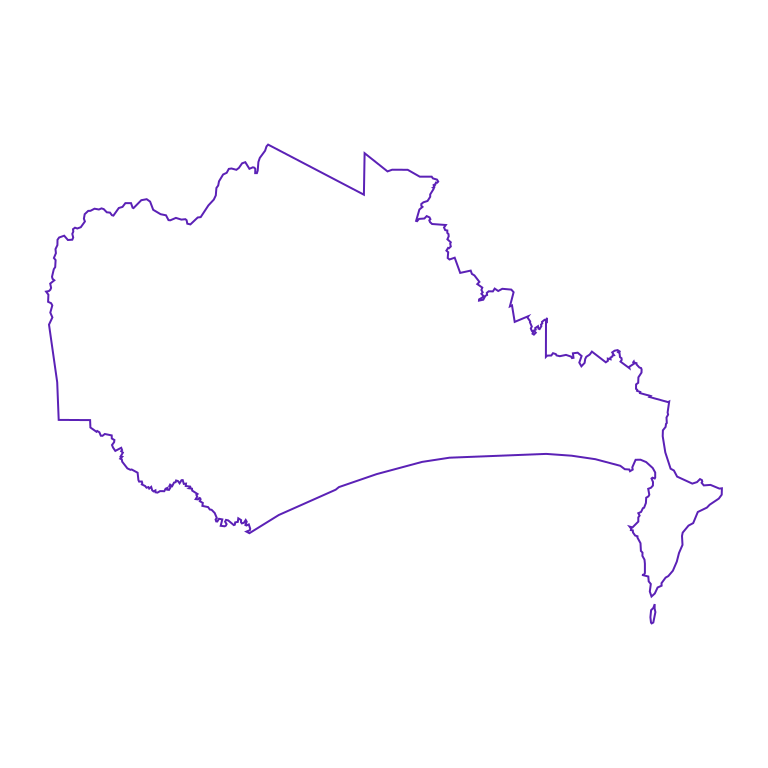 Wairoa District, Hawke's Bay, New Zealand
{"feature_id": "76426892B8336521277252", "entity_name": "Wairoa District", "entity_type": "district", "adm_level": 2, "iso_a3": "NZL", "parent_name": "New Zealand", "parent_adm1": "Hawke's Bay", "projection": "mercator", "projection_center": [177.459, -38.945], "detail": "fine", "context": "isolated", "style": "outline", "palette": "violet", "viewbox_px": 768, "rotation_deg": 0, "n_neighbors": 0, "source": "geoboundaries", "source_scale": "gbopen_adm2", "svg_char_len": 6079}
<svg xmlns="http://www.w3.org/2000/svg" viewBox="0 0 768 768"><path d="M49.0,324.6L57.2,382.2L58.7,419.9L90.1,420.1L90.4,427.5L96.5,431.8L97.2,431.0L99.4,432.3L100.8,435.7L102.5,435.8L104.8,434.0L111.7,435.4L111.8,438.5L114.4,440.0L114.1,442.2L112.0,445.0L113.0,447.5L115.3,450.9L121.2,447.8L122.1,450.1L121.2,451.2L122.9,452.6L120.6,456.5L122.1,456.8L120.3,458.7L121.8,459.4L122.2,461.7L127.4,468.4L130.4,469.8L131.7,469.5L137.6,472.7L138.4,480.0L139.1,481.6L141.8,481.5L142.3,483.2L141.8,484.4L145.1,486.0L146.5,487.7L148.4,487.1L149.2,488.6L151.2,486.9L152.2,490.3L153.5,491.4L155.4,490.4L155.5,492.3L157.5,492.6L160.1,491.1L164.3,491.2L165.6,488.7L167.4,487.9L167.2,489.7L169.0,489.9L170.6,487.2L169.4,486.0L170.1,484.6L172.2,486.1L174.0,482.6L175.6,482.2L176.1,480.5L177.9,481.0L179.6,483.3L181.5,480.2L182.7,480.1L183.8,483.9L186.0,483.6L185.7,486.0L190.2,486.6L190.5,487.6L189.3,488.3L192.0,488.7L192.2,490.6L197.5,494.0L196.4,494.9L197.2,496.6L195.7,499.1L198.0,499.4L199.3,498.0L200.2,498.3L200.6,499.3L199.8,501.2L202.8,502.9L202.4,505.9L208.1,507.1L209.8,509.5L211.6,509.8L214.7,513.0L216.8,518.0L215.6,519.5L216.2,521.4L217.3,521.5L219.0,518.8L222.3,519.4L220.7,525.8L224.7,526.3L225.9,525.6L226.6,524.1L225.1,521.7L226.0,519.9L228.2,520.4L233.8,525.1L234.8,524.7L235.2,522.4L237.8,521.9L238.3,518.3L241.1,520.1L241.0,522.2L241.9,523.4L244.0,522.7L245.7,520.0L246.7,521.7L245.4,525.0L246.4,525.5L248.8,524.4L250.2,528.7L249.8,530.2L246.4,531.6L249.4,533.2L278.8,515.0L335.7,489.7L338.9,487.1L376.7,474.1L422.1,461.9L449.5,457.7L546.2,453.9L571.6,455.7L595.4,459.2L620.3,465.8L624.8,469.2L629.3,469.5L630.0,471.2L632.7,469.6L632.3,467.3L635.6,459.8L640.5,459.7L646.2,462.1L652.7,468.0L655.2,472.5L655.2,477.6L654.7,478.5L652.5,477.7L651.5,478.5L653.0,482.0L652.9,485.6L650.9,487.8L648.2,488.8L649.3,494.7L648.4,496.4L646.2,497.7L645.9,503.0L644.1,507.7L642.9,508.2L641.1,511.9L638.3,513.2L639.6,515.6L638.3,517.4L638.3,521.6L632.5,527.4L629.6,526.6L631.2,528.7L630.9,530.1L632.8,530.4L633.0,532.5L635.1,535.5L637.5,536.3L637.4,537.5L640.5,543.2L640.9,550.9L642.5,552.6L642.4,555.9L644.5,559.7L644.9,563.7L644.9,573.1L643.7,574.9L642.0,574.9L648.3,576.5L648.7,581.4L650.8,584.0L649.8,591.5L651.5,596.5L654.8,593.5L657.6,587.5L661.6,585.7L661.5,583.2L665.6,577.6L668.3,576.1L672.9,570.7L676.8,561.6L679.0,553.0L682.5,544.9L682.0,536.0L682.7,532.6L688.5,525.6L693.2,523.1L697.8,512.0L706.9,507.6L709.7,504.7L718.8,498.6L721.7,494.7L721.9,488.3L719.4,488.6L710.5,484.9L703.8,485.4L701.6,482.8L702.3,481.6L701.9,480.1L700.0,479.1L697.0,482.1L692.3,483.6L677.1,476.6L673.9,470.5L670.6,468.7L665.3,452.4L662.7,436.2L662.9,430.3L665.6,426.9L666.0,423.9L666.8,423.0L666.5,417.5L668.1,414.6L667.6,412.5L669.2,401.5L668.0,402.1L649.5,397.0L650.6,396.0L640.0,393.1L640.3,392.0L637.0,390.8L637.2,389.8L636.0,388.8L636.1,384.4L638.2,382.8L638.4,377.3L641.5,372.6L641.6,369.5L641.1,368.1L639.4,367.5L636.5,364.4L636.5,363.2L634.1,362.5L633.8,361.5L633.2,362.3L634.1,363.6L629.1,366.9L629.4,368.2L620.5,361.6L621.7,359.9L621.5,358.2L620.0,357.1L619.5,353.0L618.0,352.1L618.5,351.4L620.4,351.9L617.6,350.1L614.6,350.7L612.2,352.4L614.0,355.2L612.6,355.4L612.3,356.6L610.4,357.6L610.6,359.3L607.8,358.6L607.9,360.8L605.8,362.3L591.9,351.6L589.7,354.6L586.3,356.8L585.2,359.0L584.6,362.9L581.4,366.3L579.3,362.6L581.6,356.0L577.7,352.7L572.9,353.3L573.5,357.8L572.0,358.1L571.1,356.6L566.0,354.9L559.8,356.2L556.5,355.4L555.8,354.1L553.0,353.2L551.3,355.5L547.2,355.6L545.9,356.9L546.0,322.2L546.9,322.2L547.0,317.9L545.9,320.3L544.6,319.8L542.0,321.9L542.3,323.4L541.0,324.6L541.4,326.1L539.6,329.1L538.5,328.7L538.0,326.2L535.2,328.1L535.7,329.6L533.8,330.6L535.8,332.7L533.9,334.6L532.5,333.7L533.2,331.8L531.9,331.0L530.8,328.5L531.8,326.6L529.9,322.2L530.2,321.4L527.4,317.4L528.3,316.2L514.7,321.9L512.0,305.4L509.9,306.4L513.6,292.2L511.3,289.6L502.3,288.8L498.2,291.0L494.7,288.6L492.9,291.4L488.7,291.3L486.8,292.9L487.1,295.0L485.4,295.8L483.3,299.7L479.0,300.6L479.1,299.4L482.5,297.4L483.3,295.9L481.4,293.8L482.7,292.3L481.4,290.0L482.3,287.6L477.3,284.1L479.4,281.9L474.4,275.4L471.9,273.9L470.7,270.6L460.2,272.9L454.7,257.7L449.5,259.5L447.7,258.0L448.2,252.2L446.4,250.6L448.1,247.9L448.9,248.3L450.8,246.5L450.2,243.7L450.8,242.3L447.4,239.3L448.7,236.3L448.5,234.1L447.3,232.9L447.3,230.5L445.2,230.1L444.0,227.5L445.8,225.0L432.1,224.0L430.0,222.1L429.3,220.3L430.4,219.2L429.5,217.4L426.7,216.1L424.4,218.5L419.0,218.9L417.1,221.2L416.1,220.9L419.4,209.5L422.5,206.9L421.3,205.8L421.3,204.0L423.4,202.3L427.5,201.0L428.7,199.2L430.2,196.8L430.2,194.4L433.5,189.1L433.9,188.0L433.3,187.7L434.2,187.3L433.8,186.0L434.6,185.6L433.9,184.9L435.6,183.9L435.9,182.6L437.2,182.7L438.2,181.6L437.0,179.6L432.9,178.4L431.7,176.7L419.8,176.7L407.7,169.8L392.2,169.7L387.5,171.4L364.6,153.2L363.9,194.7L268.1,144.6L266.5,146.4L265.1,150.7L259.8,157.9L258.4,162.0L257.7,170.6L256.9,173.1L255.2,173.1L255.3,168.9L254.4,167.7L252.9,167.3L249.4,168.8L245.3,162.2L242.1,163.3L238.9,167.9L236.4,169.8L231.5,168.5L228.8,168.9L226.7,172.8L223.1,174.5L219.0,181.3L218.2,185.5L216.4,188.0L215.8,195.4L213.8,199.6L208.4,205.4L200.7,217.1L197.7,217.5L190.4,224.4L187.3,223.7L186.6,220.2L185.4,219.2L181.4,219.6L175.9,217.9L170.3,220.3L168.5,220.1L166.0,215.3L160.6,214.2L153.2,209.8L150.1,201.6L146.7,199.2L141.3,200.2L133.5,208.1L132.6,207.7L131.0,203.1L125.4,203.1L122.5,206.9L118.8,208.0L113.4,215.6L111.9,215.2L110.0,212.6L106.8,212.3L103.7,209.1L101.5,208.4L98.9,209.5L94.5,208.7L90.5,210.8L88.2,210.9L84.7,214.2L83.9,218.7L84.9,221.5L80.8,227.2L77.3,228.5L75.0,227.7L73.0,229.2L73.3,231.6L72.3,233.9L73.2,237.5L72.3,239.7L67.9,240.0L64.2,235.7L59.1,237.5L57.5,239.8L57.4,245.1L55.5,249.1L55.9,253.2L53.9,258.0L55.6,260.1L55.2,267.1L53.8,269.2L52.0,276.8L52.6,278.9L54.3,280.3L50.2,283.6L51.1,287.9L50.3,289.8L48.8,291.1L46.1,291.6L48.4,294.7L48.1,301.8L51.1,303.2L52.3,305.4L50.3,312.6L52.4,317.4L49.0,324.6ZM653.3,622.5L655.4,612.1L654.6,608.5L654.7,604.1L653.4,607.9L651.1,610.2L650.4,617.2L651.0,622.6L651.7,623.4L653.3,622.5Z" fill="none" stroke="#5b21b6" stroke-width="2"/></svg>